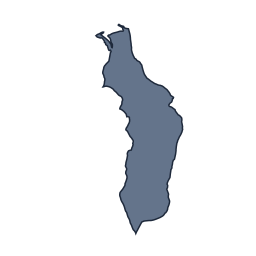 Cristian, Sibiu, Romania, rotated 307°
{"feature_id": "2599482B42247101066007", "entity_name": "Cristian", "entity_type": "district", "adm_level": 2, "iso_a3": "ROU", "parent_name": "Romania", "parent_adm1": "Sibiu", "projection": "robinson", "projection_center": [23.992, 45.701], "detail": "fine", "context": "isolated", "style": "filled", "palette": "slate", "viewbox_px": 256, "rotation_deg": 307, "n_neighbors": 0, "source": "geoboundaries", "source_scale": "gbopen_adm2", "svg_char_len": 5805}
<svg xmlns="http://www.w3.org/2000/svg" viewBox="0 0 256 256"><g transform="rotate(307 128 128)"><path d="M189.9,50.8L189.5,50.2L189.0,49.8L188.3,49.4L187.5,49.0L187.1,48.9L186.7,48.7L186.1,48.4L185.3,48.0L184.8,47.6L184.2,47.3L183.2,47.0L182.8,47.0L182.4,46.9L182.4,47.4L182.1,48.6L182.5,49.7L182.9,51.0L183.4,52.0L184.0,52.6L184.2,52.9L184.2,53.7L183.6,55.6L183.4,56.3L182.9,57.2L182.3,57.6L182.1,57.8L182.4,58.5L182.4,58.8L182.2,59.1L181.3,59.9L181.2,60.4L181.2,60.8L181.3,61.2L181.3,62.0L180.7,62.7L179.6,64.3L179.2,64.8L178.7,65.8L178.6,66.0L178.6,66.4L178.7,66.6L179.6,67.2L179.0,68.4L177.5,68.7L169.9,72.5L168.1,72.3L166.0,72.0L164.9,72.0L163.5,71.9L162.8,72.0L162.0,72.2L161.3,72.5L160.4,73.0L159.3,73.4L157.9,74.0L157.4,74.3L156.8,74.7L156.3,75.3L156.0,76.0L155.4,77.0L154.7,77.8L154.1,78.5L153.9,79.0L153.6,79.6L153.0,80.2L152.3,80.7L151.5,81.1L150.5,81.5L150.1,81.9L149.5,82.2L148.7,82.6L147.7,83.0L146.8,83.2L145.8,83.3L146.0,83.5L146.5,83.9L146.8,84.0L147.6,84.7L148.0,85.1L148.5,85.7L149.1,87.0L149.6,88.2L149.7,88.5L149.8,89.0L149.9,89.6L150.0,90.1L150.1,91.7L150.1,92.3L150.1,92.8L150.0,93.2L149.8,93.9L149.6,94.3L149.5,96.3L149.5,96.9L149.1,98.8L148.7,100.6L148.7,101.1L148.8,102.2L149.0,102.7L149.0,103.2L149.0,103.9L148.9,104.3L148.7,104.8L148.1,105.9L147.5,106.5L147.1,106.9L146.4,107.1L145.6,107.3L144.7,107.8L143.9,108.4L143.4,108.6L142.7,108.9L142.0,109.0L140.7,109.1L139.6,109.4L138.9,109.6L138.3,110.0L138.6,111.0L138.7,111.5L138.8,112.3L138.8,112.9L138.8,113.8L138.8,114.5L138.6,115.8L138.3,117.0L138.1,117.8L138.0,118.1L137.6,118.7L137.0,119.4L136.6,119.9L136.3,120.3L136.7,120.6L137.0,121.1L137.4,122.3L137.2,122.8L136.4,123.4L135.7,124.2L135.1,124.7L134.0,125.4L132.5,125.9L131.0,126.1L129.9,126.4L128.5,126.6L126.8,126.7L126.6,126.8L125.9,127.0L125.4,127.3L125.2,127.6L125.2,127.8L125.1,128.1L125.2,128.6L125.0,129.5L124.9,129.9L124.3,131.1L123.9,131.9L123.0,133.8L122.5,134.8L122.4,135.6L122.2,136.4L122.0,137.3L121.4,138.7L121.3,139.2L121.2,139.5L120.9,139.9L120.7,140.1L120.1,140.5L118.8,141.0L118.6,141.1L118.4,141.2L118.2,141.5L118.0,141.9L116.9,142.4L115.8,142.8L115.0,142.9L114.0,143.2L113.2,143.6L112.4,143.9L111.5,143.1L110.3,142.3L110.0,142.2L109.8,142.2L109.3,142.2L107.5,142.6L107.0,142.9L106.1,143.8L105.7,144.2L102.5,145.8L99.3,147.1L98.8,147.4L98.0,147.9L97.4,148.2L96.1,148.8L95.6,149.7L95.4,150.1L95.2,150.6L94.9,151.1L94.5,151.6L93.8,152.0L93.2,152.2L92.7,152.3L92.2,152.4L91.8,152.6L91.1,153.0L90.5,153.4L90.3,153.7L90.0,154.2L89.3,155.6L88.9,156.1L88.4,156.6L88.0,156.9L87.6,157.2L87.2,157.4L85.3,158.1L84.2,158.5L82.6,158.9L82.1,159.1L81.6,159.2L81.4,159.4L80.8,159.8L80.4,160.0L79.9,160.2L78.5,160.3L75.8,160.6L74.2,160.5L72.0,160.5L71.7,160.5L71.3,160.7L70.9,160.9L70.5,161.1L70.1,161.3L69.6,161.7L69.1,162.1L68.6,162.7L67.9,163.8L66.5,165.5L65.9,166.5L65.1,168.2L64.8,169.1L64.6,169.5L63.6,171.4L62.5,173.0L60.9,175.1L60.5,175.7L60.2,176.2L60.0,176.9L59.7,177.8L59.4,178.2L58.1,179.9L57.4,180.9L57.0,181.5L56.8,181.9L56.3,183.1L55.7,184.3L55.4,184.7L54.8,185.5L54.1,186.3L53.5,187.0L52.7,188.8L52.5,189.2L51.1,191.4L50.2,192.9L49.8,193.9L49.9,194.4L49.3,196.3L48.8,197.3L48.5,197.7L50.6,197.2L51.8,197.1L53.9,196.7L57.1,196.2L60.4,195.7L61.2,195.6L63.3,196.8L64.2,197.7L66.6,200.3L68.2,202.3L70.1,203.9L71.9,205.1L73.7,206.2L75.9,207.5L78.5,208.6L79.8,208.9L82.5,208.8L83.0,209.1L84.6,209.1L85.7,208.9L86.8,208.6L88.3,207.7L91.3,206.9L93.4,206.0L94.7,205.2L95.9,203.4L96.7,202.1L97.8,201.2L98.8,200.6L99.6,200.2L100.2,199.3L101.0,198.0L101.9,196.7L102.4,195.8L102.9,195.6L104.0,195.5L105.9,194.4L106.3,193.8L106.6,193.1L107.6,192.5L109.3,192.0L110.8,191.7L113.7,191.3L116.9,189.4L119.3,188.1L119.9,187.8L120.5,187.3L121.4,187.3L122.5,187.1L123.7,186.2L126.0,185.2L127.4,184.3L129.5,183.6L131.0,183.9L135.8,181.7L138.8,180.0L139.7,179.3L142.2,177.8L145.2,176.2L146.9,175.7L148.0,175.2L149.7,174.9L151.5,174.4L154.4,174.1L157.1,173.5L159.9,172.4L160.7,171.4L161.2,171.2L162.0,170.7L164.0,168.5L165.2,167.1L166.5,166.4L167.6,165.6L168.5,164.5L168.6,163.8L169.0,161.7L168.7,160.2L169.7,156.8L170.1,155.6L171.0,154.4L170.9,153.5L170.9,150.2L170.2,148.1L170.4,147.3L171.0,146.7L172.8,146.6L174.1,146.9L174.9,147.2L176.2,146.9L177.8,146.2L178.1,145.9L178.5,146.1L178.8,146.3L179.6,146.0L179.9,145.9L179.9,145.2L179.7,142.9L179.9,142.0L180.6,140.9L181.2,139.3L182.1,136.0L182.1,135.0L182.1,133.0L182.2,131.7L182.1,130.0L181.7,128.8L181.6,128.3L181.2,127.6L180.8,126.9L180.4,125.8L180.1,124.2L179.7,123.1L179.5,121.8L179.4,119.9L179.2,118.2L179.3,115.2L179.3,114.6L179.2,113.1L179.5,112.3L180.3,110.0L180.9,108.5L181.9,107.0L183.1,105.3L185.1,102.8L185.9,101.8L186.5,101.2L186.8,100.2L187.1,99.2L187.3,98.5L187.6,98.2L187.7,97.1L187.4,95.4L187.3,94.3L187.7,93.4L187.8,92.5L187.7,91.7L187.5,91.4L188.1,90.5L188.9,88.8L190.5,86.2L192.1,84.2L192.8,83.5L194.3,82.5L195.0,81.8L196.0,80.7L197.0,79.9L198.2,78.7L200.3,76.6L201.5,75.6L202.8,74.4L204.1,73.0L205.9,70.7L207.3,68.9L207.5,68.6L206.7,67.2L206.1,65.9L205.9,65.0L205.9,64.4L206.3,63.9L206.5,63.3L206.4,62.9L205.9,61.9L205.5,60.8L205.3,59.1L205.3,58.4L205.0,58.2L204.6,58.2L204.2,58.4L204.2,58.9L204.3,59.5L204.7,61.0L204.6,61.5L204.6,61.8L204.9,62.7L205.1,63.1L205.2,63.4L204.9,63.5L204.4,63.7L204.0,64.0L203.7,64.5L203.3,65.5L202.3,65.7L201.8,65.1L201.0,63.9L199.9,62.9L198.4,61.9L196.9,60.7L195.4,59.5L194.4,58.8L193.3,58.2L191.4,57.5L190.7,56.7L189.8,56.4L189.3,56.7L189.2,58.0L189.0,58.7L188.9,59.7L188.4,60.4L187.7,61.4L186.8,62.2L186.3,63.0L185.9,63.8L185.5,65.0L185.3,65.3L184.9,65.6L183.8,66.4L183.2,66.7L182.9,66.9L182.7,67.0L182.6,66.7L182.6,66.4L183.4,65.4L184.1,64.6L184.9,63.5L185.0,62.6L185.1,62.2L185.2,61.8L185.4,61.4L185.7,60.7L185.9,58.7L186.0,57.4L186.1,55.8L186.1,51.9L186.2,51.0L186.2,50.2L186.6,50.2L189.3,51.1L189.9,50.8Z" fill="#64748b" stroke="#1e293b" stroke-width="1.5"/></g></svg>